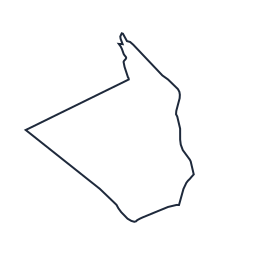 outline of Kgatleng, rotated 303°
{"feature_id": "BWA-2646", "entity_name": "Kgatleng", "entity_type": "District", "adm_level": 1, "iso_a3": "BWA", "parent_name": "Botswana", "parent_adm1": "", "projection": "mercator", "projection_center": [26.553, -24.114], "detail": "fine", "context": "isolated", "style": "outline", "palette": "slate", "viewbox_px": 256, "rotation_deg": 303, "n_neighbors": 0, "source": "natural_earth", "source_scale": "10m", "svg_char_len": 917}
<svg xmlns="http://www.w3.org/2000/svg" viewBox="0 0 256 256"><g transform="rotate(303 128 128)"><path d="M204.0,71.2L204.3,72.4L200.3,79.8L201.3,82.9L200.7,87.1L190.8,128.2L190.5,135.1L187.8,148.7L186.3,151.4L184.1,153.4L181.1,155.1L168.6,159.2L165.7,160.8L164.4,163.1L155.8,172.1L146.6,178.1L142.8,181.3L139.3,186.0L135.1,197.1L134.1,198.8L124.9,208.4L121.7,207.9L119.1,207.6L116.4,207.0L113.8,206.8L107.1,207.7L91.2,212.7L89.9,210.6L83.6,204.6L72.5,196.9L60.9,188.9L58.5,187.4L55.7,185.9L54.2,185.6L52.8,184.4L51.9,181.4L51.7,177.0L53.7,168.2L55.4,163.7L57.3,160.2L61.6,137.6L70.6,43.3L169.1,102.2L169.7,101.7L170.2,101.2L170.6,100.2L170.8,100.0L177.4,91.8L181.0,88.3L182.0,88.1L184.7,88.5L185.8,88.3L186.4,87.6L187.2,85.2L187.7,84.1L191.0,79.8L192.4,77.4L193.5,74.5L193.9,75.3L195.0,76.9L195.4,77.8L198.8,73.2L200.5,71.7L203.2,71.3L204.0,71.2L204.0,71.2Z" fill="none" stroke="#1e293b" stroke-width="2"/></g></svg>